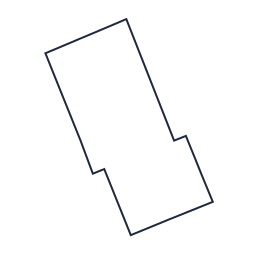 Stone, Missouri, United States of America (Albers equal-area conic projection), rotated 157°
{"feature_id": "52423323B45280868731791", "entity_name": "Stone", "entity_type": "district", "adm_level": 2, "iso_a3": "USA", "parent_name": "United States of America", "parent_adm1": "Missouri", "projection": "albers", "projection_center": [-93.458, 36.747], "detail": "fine", "context": "isolated", "style": "outline", "palette": "slate", "viewbox_px": 256, "rotation_deg": 157, "n_neighbors": 0, "source": "geoboundaries", "source_scale": "gbopen_adm2", "svg_char_len": 377}
<svg xmlns="http://www.w3.org/2000/svg" viewBox="0 0 256 256"><g transform="rotate(157 128 128)"><path d="M78.5,56.6L78.2,71.5L77.8,98.1L90.5,98.4L87.0,228.9L109.7,228.9L112.1,228.9L138.3,229.0L148.4,229.0L148.9,229.0L174.8,229.1L175.3,205.0L176.6,135.0L178.2,99.7L165.9,99.5L167.3,28.3L125.8,27.8L78.8,26.9L78.5,56.6Z" fill="none" stroke="#1e293b" stroke-width="2"/></g></svg>